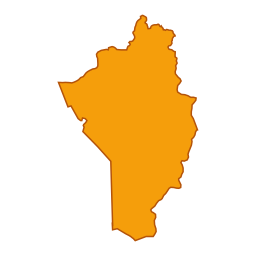 the district of Batang Padang, Perak, Malaysia
{"feature_id": "92858781B72940108460655", "entity_name": "Batang Padang", "entity_type": "district", "adm_level": 2, "iso_a3": "MYS", "parent_name": "Malaysia", "parent_adm1": "Perak", "projection": "natural_earth1", "projection_center": [101.36, 4.122], "detail": "fine", "context": "isolated", "style": "filled", "palette": "amber", "viewbox_px": 256, "rotation_deg": 0, "n_neighbors": 0, "source": "geoboundaries", "source_scale": "gbopen_adm2", "svg_char_len": 3104}
<svg xmlns="http://www.w3.org/2000/svg" viewBox="0 0 256 256"><path d="M140.5,16.4L140.8,18.4L139.2,19.6L137.9,20.6L136.8,22.1L136.2,23.7L135.7,25.7L135.0,27.2L134.7,29.2L134.5,30.8L133.3,31.7L132.9,32.9L133.9,34.8L134.6,36.3L134.7,38.0L133.9,39.4L132.7,41.0L131.4,41.5L129.9,41.5L128.9,42.6L130.0,43.7L130.2,44.6L129.1,45.8L128.1,46.2L127.6,47.1L126.7,49.9L121.1,49.9L116.7,49.5L115.6,48.2L114.3,47.3L112.8,46.7L111.7,46.7L108.6,47.7L108.3,49.8L106.4,49.4L101.2,50.4L97.9,52.1L96.5,54.2L96.8,56.5L97.6,58.2L97.9,63.6L97.8,66.1L96.7,67.8L95.0,68.6L92.7,69.0L89.6,70.5L87.4,71.8L85.8,73.2L84.3,75.3L83.3,76.6L80.7,77.6L78.7,79.7L76.6,81.0L74.0,82.2L71.8,82.9L69.3,82.6L65.3,82.4L62.6,82.6L58.5,82.4L68.0,106.9L71.0,105.9L78.1,118.6L79.6,119.8L80.7,120.6L81.8,120.6L82.5,118.0L85.2,118.6L86.9,120.5L86.1,122.0L85.1,123.2L83.7,124.5L83.3,125.6L84.1,127.1L82.9,131.6L97.8,146.8L110.8,161.3L112.6,224.5L112.3,224.2L112.6,229.8L117.3,228.7L125.6,233.7L128.9,235.4L130.7,236.5L132.4,237.9L133.3,238.5L135.2,240.6L146.1,236.5L153.2,236.5L154.6,234.4L156.1,231.6L155.9,228.7L154.6,224.7L154.3,220.5L155.7,217.4L155.5,214.3L153.2,212.6L151.6,211.8L150.7,209.9L151.7,208.6L154.8,206.1L156.6,203.2L158.6,200.7L161.0,199.6L162.1,198.6L163.7,195.4L165.7,193.5L167.5,190.8L169.1,188.3L170.8,187.3L173.8,187.5L176.4,188.1L178.9,188.3L180.7,187.5L180.9,184.8L178.7,180.2L178.7,178.7L180.9,177.0L181.8,174.1L183.1,171.8L183.1,168.0L182.2,164.9L180.9,162.6L182.0,160.7L184.2,161.1L187.2,159.9L188.5,157.1L188.0,154.2L188.7,151.9L189.8,149.2L191.4,145.2L192.0,141.6L191.6,139.3L193.6,137.3L194.9,135.0L195.6,131.8L196.7,130.1L197.5,129.9L193.3,118.6L191.3,115.3L191.3,111.7L191.9,108.4L192.1,104.8L193.8,102.9L195.8,100.3L196.1,98.0L193.6,97.3L190.7,97.3L187.9,95.7L184.8,94.7L181.4,94.4L177.7,92.1L177.1,89.8L177.7,85.5L179.7,83.3L181.1,81.0L180.0,78.7L178.3,77.4L175.4,73.8L175.2,71.5L176.1,68.7L176.0,67.2L175.6,65.9L176.2,64.7L177.1,63.2L176.9,62.4L176.3,60.9L176.7,59.6L176.9,58.2L175.1,56.8L175.1,54.3L175.2,53.1L175.2,51.7L173.6,51.3L173.0,50.7L172.0,49.9L171.2,49.6L170.3,49.5L169.1,49.3L168.6,48.4L168.2,47.7L168.0,47.0L168.5,46.1L169.4,45.7L170.3,45.6L170.7,45.3L171.2,44.5L171.9,43.5L171.9,42.8L171.7,41.8L171.8,41.0L172.2,40.5L172.3,39.8L172.3,39.1L172.6,38.2L172.9,37.6L173.3,37.2L173.5,36.7L174.0,36.2L174.5,36.0L175.0,36.1L175.1,35.8L175.0,35.4L174.8,35.0L174.3,34.6L173.2,33.1L173.0,32.4L172.9,31.6L172.3,30.8L171.7,30.6L170.4,30.2L169.5,30.2L168.9,30.2L168.3,29.9L167.3,29.6L166.4,29.5L165.9,30.0L165.3,30.3L165.0,30.1L164.2,29.7L163.7,29.9L163.2,29.7L163.2,28.9L163.0,28.2L162.5,27.9L162.2,27.5L161.2,25.9L160.9,26.3L160.3,26.6L160.0,26.4L159.7,25.9L159.4,25.6L159.0,24.6L158.7,24.4L158.0,24.2L157.7,24.4L156.8,24.8L156.4,24.7L155.6,24.8L155.1,24.8L154.4,24.8L153.1,25.1L152.1,25.6L151.3,26.2L150.7,27.3L150.5,28.3L149.6,28.5L148.1,28.7L147.8,27.7L147.7,26.7L147.4,26.0L147.1,25.1L147.0,24.4L146.3,23.7L145.4,23.3L145.1,22.2L145.8,21.5L146.1,21.0L146.6,20.1L146.4,17.8L146.0,17.2L144.9,16.5L144.1,16.1L143.0,15.5L142.2,15.4L141.5,16.0L140.5,16.4Z" fill="#f59e0b" stroke="#b45309" stroke-width="1.5"/></svg>